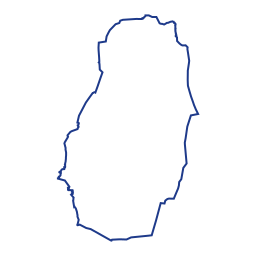 Benguet, Benguet, Philippines
{"feature_id": "2640588B49362051778248", "entity_name": "Benguet", "entity_type": "district", "adm_level": 2, "iso_a3": "PHL", "parent_name": "Philippines", "parent_adm1": "Benguet", "projection": "mercator", "projection_center": [120.629, 16.553], "detail": "fine", "context": "isolated", "style": "outline", "palette": "blue", "viewbox_px": 256, "rotation_deg": 0, "n_neighbors": 0, "source": "geoboundaries", "source_scale": "gbopen_adm2", "svg_char_len": 4537}
<svg xmlns="http://www.w3.org/2000/svg" viewBox="0 0 256 256"><path d="M156.4,17.0L152.2,17.0L148.8,15.4L146.7,15.4L145.5,15.4L145.5,15.7L145.4,16.0L145.3,16.3L145.1,16.5L144.9,16.6L144.6,16.8L144.3,17.0L144.1,17.3L143.9,17.5L143.8,17.8L143.6,17.9L143.5,18.0L143.3,18.2L143.2,18.3L142.9,18.6L142.7,18.4L142.6,18.2L142.4,18.1L142.2,18.2L142.1,18.3L142.0,18.5L141.9,18.6L141.6,19.0L138.2,19.0L136.9,18.9L122.9,19.8L120.2,20.7L119.3,23.0L115.6,24.2L109.9,30.1L108.5,32.6L106.6,36.4L105.8,41.5L98.8,42.6L98.5,47.6L98.6,50.5L99.1,57.2L99.3,60.8L99.3,61.8L99.3,62.0L99.0,62.1L98.9,62.4L98.8,62.5L99.0,62.7L99.2,62.8L99.2,63.0L99.3,63.2L99.4,63.5L99.4,64.1L99.5,64.2L99.8,69.6L102.5,72.3L100.5,77.9L97.7,86.1L96.0,90.8L95.4,92.5L95.0,92.2L94.6,92.2L94.1,92.3L93.3,92.9L92.7,93.0L90.0,96.7L85.9,102.5L79.0,115.7L77.4,122.6L77.7,122.7L78.1,122.7L78.5,122.8L78.8,123.1L78.8,123.3L78.8,123.5L78.7,123.8L78.5,124.3L78.5,124.5L78.4,124.8L78.1,125.0L77.9,125.3L77.7,125.4L77.8,125.7L77.9,125.9L78.3,126.2L78.5,126.5L78.6,126.9L78.5,127.0L78.4,127.1L78.2,127.3L78.0,127.8L77.9,128.1L77.7,128.3L77.6,128.5L77.5,129.1L71.9,131.1L70.4,131.9L67.6,135.2L67.5,135.7L68.0,136.6L67.8,136.9L67.8,137.3L65.3,141.4L65.3,141.5L65.2,141.6L64.9,141.7L65.0,141.7L64.4,143.4L65.0,145.6L65.1,146.1L65.6,148.0L65.5,149.3L65.6,149.7L65.6,150.0L65.7,150.4L66.1,152.5L66.1,155.2L65.9,157.7L65.9,158.9L65.8,159.6L65.6,161.6L65.1,163.6L65.2,163.9L65.2,164.1L64.9,164.5L65.0,164.7L65.0,164.9L65.1,165.2L65.1,165.7L65.1,166.0L65.2,166.9L65.1,167.2L64.9,167.3L64.6,167.2L64.4,167.2L64.2,167.2L64.2,167.6L64.3,167.9L64.5,168.3L64.5,168.7L64.3,169.1L63.8,169.2L63.2,169.1L62.6,169.1L62.0,169.4L61.2,170.3L60.8,171.5L60.6,172.0L60.4,172.1L60.1,172.1L59.9,172.0L59.8,171.9L59.6,171.8L59.3,172.1L59.3,172.3L59.5,172.5L60.3,172.7L60.7,172.8L60.9,172.9L60.9,173.2L60.8,173.5L60.7,173.7L60.6,174.0L60.5,174.9L60.5,175.3L60.4,175.5L60.0,176.0L59.6,176.3L58.8,176.7L58.8,176.9L58.9,177.1L59.1,177.3L59.1,177.5L59.1,177.8L58.9,177.9L58.7,178.1L58.2,178.1L57.9,178.2L57.9,178.3L57.9,178.6L64.9,180.5L69.4,186.8L69.3,187.0L69.2,187.1L69.0,187.7L68.8,187.9L68.8,188.1L68.7,188.1L68.4,188.0L68.2,188.0L68.0,187.8L67.9,187.8L67.9,188.0L68.0,188.2L68.1,188.3L68.1,188.5L68.2,188.8L68.3,188.8L68.4,189.0L68.5,189.2L68.6,189.3L68.5,189.5L68.4,189.6L68.0,189.7L68.0,189.8L68.2,190.0L68.3,190.1L72.4,190.2L72.4,190.3L72.7,190.7L72.8,190.9L72.8,191.0L72.7,191.3L72.2,191.5L71.9,191.9L72.0,192.0L72.7,192.3L72.9,192.4L72.9,192.5L72.7,193.0L72.7,193.3L72.8,193.7L72.8,193.8L72.7,194.0L72.4,194.1L72.2,194.0L72.1,193.8L71.9,193.8L71.7,193.9L71.7,194.0L71.7,194.5L71.4,194.7L71.2,194.8L73.6,197.6L73.4,198.6L73.3,200.3L73.1,200.6L74.1,206.6L74.3,206.4L74.5,206.5L74.6,206.9L74.6,207.0L74.8,207.2L74.8,207.3L75.1,207.6L75.3,207.8L75.8,208.4L76.9,211.8L77.3,214.3L77.5,215.0L77.5,215.6L77.5,216.7L78.7,219.8L77.7,223.8L77.8,224.2L77.7,224.4L77.5,224.6L77.3,224.8L77.3,225.0L77.5,225.2L78.8,225.0L79.3,224.7L79.7,224.6L86.2,228.0L90.7,229.1L111.0,240.5L111.3,240.6L111.5,240.6L111.6,240.4L111.5,240.1L111.7,239.9L112.0,239.7L119.8,239.3L126.5,239.5L131.1,237.4L148.3,235.7L151.7,235.3L156.0,220.6L160.7,203.1L164.5,203.5L165.3,200.6L167.4,199.0L168.9,198.6L173.8,198.7L177.1,190.8L178.1,188.5L178.6,186.6L178.9,185.5L179.2,182.0L181.3,179.2L183.3,167.9L186.6,163.5L185.1,146.8L184.9,144.6L184.8,142.6L185.6,138.4L187.3,126.6L190.9,115.4L198.1,114.0L195.8,109.3L194.0,105.0L193.0,102.0L191.0,96.4L189.5,91.3L188.0,86.0L187.9,85.2L187.7,80.1L187.8,72.5L187.8,70.7L188.9,63.3L189.2,60.8L188.1,53.5L188.0,52.8L187.4,49.1L187.6,47.3L185.6,45.3L184.2,45.4L182.3,45.4L181.0,44.7L179.5,43.5L177.1,41.0L177.0,37.8L177.0,37.7L177.0,37.3L176.9,37.2L176.7,37.0L176.6,36.9L176.2,36.7L176.0,36.4L175.7,36.2L175.7,35.8L175.9,35.6L176.0,35.6L176.3,35.4L176.4,35.2L176.2,35.0L176.1,34.9L176.1,34.7L175.9,34.4L175.9,34.1L176.0,33.8L175.9,33.6L175.8,33.4L175.7,33.1L175.8,33.0L175.7,32.7L175.7,32.3L175.6,32.1L175.5,31.8L175.5,31.6L175.4,31.2L175.5,31.1L175.5,30.9L175.4,30.8L175.3,29.2L175.5,29.0L175.5,28.9L175.6,28.7L175.5,28.4L175.4,28.3L175.3,28.2L175.3,27.9L175.4,27.7L175.3,25.8L175.3,25.6L175.2,25.5L175.2,25.4L175.2,25.2L175.3,25.1L175.4,24.9L175.5,24.8L175.4,24.6L175.4,24.4L175.4,24.2L175.5,24.0L175.4,23.9L175.2,23.8L175.1,23.5L175.0,23.3L174.8,23.1L174.7,22.9L174.3,22.9L174.2,22.9L174.2,22.7L173.9,22.5L173.7,22.3L173.6,22.0L173.6,21.9L173.4,21.9L172.6,21.4L170.4,21.8L168.1,22.8L166.8,22.9L165.6,23.7L164.1,24.5L162.4,23.9L161.0,23.8L159.6,23.3L156.4,17.0Z" fill="none" stroke="#1e3a8a" stroke-width="2"/></svg>